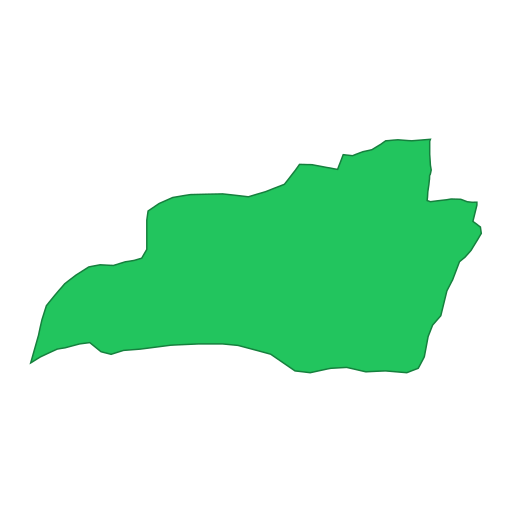 the district of Lanny Jaya, Papua, Indonesia
{"feature_id": "22746128B21145180666794", "entity_name": "Lanny Jaya", "entity_type": "district", "adm_level": 2, "iso_a3": "IDN", "parent_name": "Indonesia", "parent_adm1": "Papua", "projection": "natural_earth1", "projection_center": [138.324, -3.957], "detail": "fine", "context": "isolated", "style": "filled", "palette": "green", "viewbox_px": 512, "rotation_deg": 0, "n_neighbors": 0, "source": "geoboundaries", "source_scale": "gbopen_adm2", "svg_char_len": 2646}
<svg xmlns="http://www.w3.org/2000/svg" viewBox="0 0 512 512"><path d="M431.2,170.0L430.4,165.2L430.0,158.7L429.7,154.3L429.7,150.1L429.7,142.4L429.7,141.2L430.4,139.3L426.6,139.6L420.6,140.1L411.6,140.8L410.4,140.7L408.3,140.6L397.9,139.8L396.6,139.9L393.8,140.1L390.5,140.4L388.6,140.6L385.7,140.8L383.4,142.4L380.8,144.3L378.6,145.6L375.0,147.8L371.9,149.7L371.4,149.8L369.4,150.3L366.6,150.9L362.9,151.7L362.7,151.8L359.4,153.0L358.7,153.3L356.0,154.3L352.6,155.7L349.8,155.4L346.0,155.0L343.7,154.7L343.2,154.7L340.1,162.9L339.1,165.4L337.6,169.4L335.2,169.0L334.0,168.8L330.1,168.0L326.9,167.5L318.5,165.9L316.8,165.6L312.1,164.7L309.6,164.6L306.9,164.6L304.2,164.5L299.5,164.4L297.7,167.0L296.3,168.9L295.8,169.7L292.9,173.4L288.2,179.5L284.4,184.3L273.6,188.5L268.6,190.5L265.5,191.7L261.8,192.8L257.3,194.1L248.4,196.8L239.9,195.8L231.1,194.8L222.6,193.9L207.2,194.2L190.4,194.6L184.5,195.5L179.8,196.3L172.7,197.5L159.4,203.4L158.7,203.8L148.1,211.0L147.5,215.1L146.8,220.2L146.8,224.6L146.8,228.2L146.8,238.4L146.8,239.2L146.8,249.4L141.7,258.2L134.2,260.4L128.8,261.3L125.3,261.8L113.3,265.5L112.4,265.4L109.5,265.3L100.1,264.8L91.5,266.4L88.7,267.0L76.1,275.0L70.2,279.5L67.6,281.5L64.7,283.8L60.4,288.8L59.3,290.0L57.6,292.0L55.3,294.7L49.5,301.8L46.4,305.7L42.0,319.6L40.4,326.5L39.1,332.5L38.8,334.0L38.3,336.2L38.2,336.4L30.7,362.9L31.9,362.2L36.5,359.3L40.4,356.9L47.2,353.7L52.6,351.2L57.2,349.1L61.2,348.4L65.1,347.8L72.9,345.7L79.7,343.9L89.8,342.6L101.0,351.7L104.0,352.5L111.1,354.3L123.5,350.4L140.4,349.1L159.1,346.7L170.7,345.2L176.4,344.9L198.8,343.9L207.5,343.9L222.4,343.9L238.0,345.4L257.9,350.7L270.7,354.2L295.0,370.9L302.8,371.8L310.2,372.7L327.6,368.9L330.8,368.3L341.2,367.7L346.7,367.4L355.9,369.5L364.0,371.4L365.8,371.8L371.9,371.5L377.9,371.2L385.5,370.9L406.8,372.7L411.9,370.7L418.2,368.3L419.7,365.6L423.4,358.6L424.3,356.8L426.1,347.3L428.1,336.6L432.6,325.1L439.3,317.4L440.8,315.7L446.9,290.8L449.7,285.4L451.8,281.3L452.5,280.1L457.4,267.2L459.5,261.7L463.6,258.3L463.9,258.1L464.9,257.3L470.5,251.0L470.9,250.5L471.1,250.3L472.9,247.3L476.4,241.6L478.0,239.0L480.2,235.2L480.9,234.1L481.3,233.4L481.2,232.8L480.5,227.7L480.4,227.0L478.6,225.7L476.6,224.1L472.9,221.4L475.9,209.2L476.8,205.5L476.8,205.3L476.9,205.0L476.9,202.2L475.6,202.2L472.6,202.3L472.1,202.3L468.8,201.9L467.4,201.8L462.7,200.0L460.8,199.3L458.3,199.2L454.3,199.1L451.3,199.0L451.2,199.0L445.7,199.9L445.4,199.9L437.5,200.8L430.4,201.7L427.1,200.5L427.5,197.2L427.8,191.8L428.0,190.5L428.9,184.4L429.4,179.5L429.5,179.3L429.6,175.5L430.3,174.2L431.1,170.5L431.2,170.0Z" fill="#22c55e" stroke="#15803d" stroke-width="1.5"/></svg>